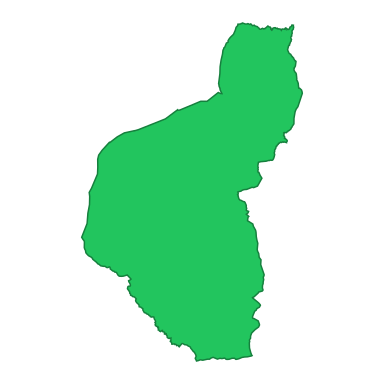 the district of Jaman North, Brong Ahafo, Ghana
{"feature_id": "2480657B44306962794399", "entity_name": "Jaman North", "entity_type": "district", "adm_level": 2, "iso_a3": "GHA", "parent_name": "Ghana", "parent_adm1": "Brong Ahafo", "projection": "albers", "projection_center": [-2.617, 7.913], "detail": "fine", "context": "isolated", "style": "filled", "palette": "green", "viewbox_px": 384, "rotation_deg": 0, "n_neighbors": 0, "source": "geoboundaries", "source_scale": "gbopen_adm2", "svg_char_len": 5962}
<svg xmlns="http://www.w3.org/2000/svg" viewBox="0 0 384 384"><path d="M252.1,355.6L251.6,354.9L250.8,352.8L249.5,348.0L249.3,342.8L249.7,341.7L249.5,340.9L249.5,339.8L250.5,338.4L250.6,335.9L251.7,333.0L255.0,329.7L258.6,327.0L259.5,325.0L259.4,324.2L258.2,320.9L253.9,318.5L253.1,318.4L252.7,318.1L252.5,317.4L252.7,316.2L254.7,311.2L256.1,310.3L256.9,308.6L259.4,307.2L260.4,305.3L260.1,304.6L258.6,302.9L252.7,298.0L252.5,297.6L254.2,296.7L258.3,292.9L258.8,292.0L262.2,291.1L262.8,290.5L263.0,289.9L262.4,288.0L262.5,285.5L263.1,283.7L263.2,281.8L263.7,279.6L263.3,277.8L263.4,276.8L264.0,275.8L264.1,274.6L260.7,264.6L261.0,259.8L259.2,257.4L258.7,253.5L257.6,251.3L257.2,249.6L257.8,243.3L256.9,240.1L256.3,236.7L256.0,232.1L255.6,230.3L253.4,226.3L252.8,224.0L247.5,220.7L248.0,217.3L248.8,216.4L246.3,214.2L248.0,212.9L248.6,211.4L246.8,210.7L246.3,210.3L246.4,209.2L246.7,208.4L246.2,207.0L246.3,205.4L245.0,202.4L244.5,201.8L242.9,201.4L241.2,200.4L240.0,200.1L238.8,198.7L238.3,196.6L238.1,196.3L238.1,195.3L237.6,194.7L238.1,194.2L238.2,193.7L238.1,192.8L237.8,192.1L238.9,191.6L240.9,191.2L242.3,190.2L244.2,189.6L246.7,189.4L252.0,187.3L253.7,187.6L257.5,186.1L261.9,178.2L260.1,175.3L258.9,172.4L258.3,172.4L257.8,171.0L258.2,169.5L257.9,168.4L258.2,167.6L257.8,166.1L258.4,162.3L260.7,161.7L266.1,161.2L268.5,160.5L269.6,160.5L270.3,160.1L271.7,160.3L272.6,160.1L273.5,158.8L274.2,156.8L274.7,154.6L274.2,152.9L274.7,151.5L274.7,149.8L275.6,148.7L276.2,146.3L276.9,146.0L277.1,145.3L278.3,144.2L278.5,143.4L279.1,143.3L280.6,142.2L281.6,142.5L282.7,141.9L283.6,142.2L283.9,142.0L284.8,142.1L286.5,142.6L286.5,142.2L287.2,141.1L287.2,140.6L286.7,139.8L285.5,138.8L284.5,138.3L284.8,137.2L284.4,136.3L283.7,135.8L283.9,135.5L283.7,135.2L284.1,133.8L283.7,132.9L284.2,132.5L286.3,132.7L287.0,131.9L287.7,131.7L288.3,130.7L288.9,130.7L290.5,129.4L291.1,128.7L291.1,128.0L292.0,127.1L292.2,126.4L293.9,123.9L294.0,118.2L295.1,111.8L296.1,109.2L297.9,106.7L302.3,93.4L302.1,91.9L301.5,90.0L299.6,88.2L298.7,88.1L298.2,83.2L297.4,81.1L296.6,79.8L296.8,78.9L296.5,75.6L296.3,75.1L296.4,74.3L295.9,73.0L294.9,71.9L294.0,70.2L294.0,69.1L294.2,68.6L294.0,68.1L294.5,67.7L295.4,66.0L296.0,61.5L295.6,60.9L295.1,60.9L293.8,58.8L293.6,58.0L292.5,57.2L292.5,56.7L291.9,56.3L290.6,54.2L289.4,53.6L289.0,53.1L287.8,50.5L287.6,49.6L288.6,45.8L289.5,45.2L289.4,44.2L289.8,44.0L290.4,42.1L291.2,41.0L291.1,40.3L291.5,39.5L290.8,38.1L290.8,37.4L290.9,36.9L291.8,35.9L291.5,35.2L292.2,33.3L292.0,30.8L293.4,29.0L293.4,27.9L293.7,27.3L293.3,25.7L293.4,25.2L292.9,25.1L291.8,25.1L291.3,26.5L289.9,27.2L289.6,28.9L288.9,29.0L288.2,29.5L287.5,29.1L287.1,29.4L287.1,29.0L285.8,27.9L285.0,28.4L285.0,29.3L282.3,29.0L282.0,29.2L281.3,30.3L280.7,29.2L278.6,28.8L278.1,29.0L277.7,28.7L277.1,28.6L277.1,28.2L275.8,28.3L275.3,27.7L274.8,27.7L273.6,27.9L272.9,28.2L272.5,28.7L272.7,29.1L271.8,30.2L270.7,29.1L270.7,28.6L271.0,28.3L270.6,27.5L270.1,27.0L269.3,27.1L267.9,26.0L265.7,28.0L265.3,28.1L264.9,28.7L264.0,28.7L263.5,28.9L262.6,28.3L261.6,28.7L260.8,29.2L260.3,29.2L259.5,29.1L259.0,28.1L258.4,27.8L257.3,26.6L255.7,26.2L254.3,25.5L254.2,25.2L252.5,25.7L250.8,23.9L249.9,24.5L247.9,23.6L247.2,24.0L245.2,24.0L242.6,23.0L242.0,23.6L241.3,23.4L240.6,24.0L237.9,24.2L237.9,24.9L237.5,25.6L237.5,25.9L236.1,27.3L235.3,30.2L233.5,34.3L230.3,37.4L229.2,38.8L228.1,40.6L228.2,42.1L226.4,43.1L224.8,47.1L223.8,48.0L223.6,49.2L223.0,50.1L222.5,54.1L221.1,60.1L220.1,66.8L219.9,73.6L218.6,83.8L219.0,84.6L219.0,85.9L220.1,88.8L220.1,89.8L221.9,93.6L220.3,93.5L218.3,92.5L207.1,101.3L200.7,101.3L179.7,110.1L177.3,110.3L177.3,110.0L165.4,118.9L138.3,129.7L134.5,130.8L134.4,130.7L124.3,132.9L117.2,136.9L109.8,142.6L109.4,142.3L102.1,150.3L98.7,155.1L97.7,159.3L97.8,167.2L97.5,174.1L91.5,188.3L89.2,192.4L89.7,196.4L89.5,204.7L87.9,213.2L87.1,223.5L81.7,237.3L83.1,239.6L84.0,240.6L84.4,241.8L84.3,247.7L84.8,249.2L85.4,250.2L85.9,252.7L86.4,253.5L88.5,255.7L91.3,257.2L92.4,258.3L92.8,259.3L96.4,262.2L97.9,263.9L99.0,264.3L100.7,265.8L103.3,266.3L105.0,266.3L106.7,267.5L107.8,267.6L109.2,266.9L109.7,267.0L110.2,267.8L110.2,268.9L112.8,271.0L114.0,271.2L114.6,272.0L116.2,272.3L116.6,272.7L117.9,275.0L118.8,275.9L119.5,276.2L121.6,276.3L123.5,276.1L127.2,275.0L130.6,278.6L131.0,279.1L130.4,279.8L128.6,280.7L128.8,281.7L129.8,283.2L130.3,284.6L130.4,285.6L130.1,286.1L128.3,286.3L127.9,286.7L127.5,288.3L127.5,288.8L129.7,292.0L129.7,293.1L130.6,294.2L130.6,295.2L132.2,296.0L132.9,296.7L134.4,296.9L136.2,298.8L135.6,300.2L135.9,301.5L136.7,302.7L138.9,304.7L139.2,306.8L140.8,307.1L141.3,307.7L142.8,308.6L142.9,310.1L144.3,312.6L145.8,313.0L146.5,313.8L148.4,314.5L149.1,315.5L150.0,315.9L150.4,316.7L151.7,317.1L152.7,316.8L153.9,317.1L154.3,319.0L155.1,320.1L155.6,321.5L155.0,322.6L155.5,322.9L155.6,324.2L155.2,324.4L155.2,324.7L155.5,325.7L156.2,325.9L156.5,326.3L157.8,326.6L158.3,327.3L158.4,327.6L157.8,327.7L158.5,329.1L158.2,329.9L158.9,330.2L159.6,331.1L160.6,331.6L162.1,330.4L162.3,330.4L162.2,330.9L162.5,331.0L162.8,331.7L163.4,331.9L164.0,331.9L164.6,332.6L164.4,333.9L165.0,334.2L165.7,333.6L166.2,333.7L166.4,335.0L167.2,335.9L167.1,337.0L167.5,337.7L168.8,338.4L169.4,338.5L169.8,338.1L170.4,338.4L170.9,338.1L170.9,340.5L170.4,341.0L170.3,341.5L171.5,342.3L171.9,344.2L174.6,343.9L174.8,344.5L175.8,344.4L176.1,344.5L176.7,345.6L177.3,345.4L178.7,345.6L178.7,346.3L179.2,346.8L181.9,343.6L182.9,343.6L184.7,344.7L186.2,344.8L187.2,345.2L187.7,345.7L190.3,347.0L190.9,348.5L191.7,349.3L193.3,351.5L194.3,352.2L195.6,354.5L196.2,356.2L195.4,357.9L195.3,358.7L195.8,359.3L196.5,361.0L198.7,360.5L200.1,359.8L202.8,360.2L207.4,359.2L209.6,359.2L210.8,358.2L213.1,357.3L217.4,359.1L219.9,358.3L221.9,358.6L224.5,358.1L225.0,358.3L225.8,359.1L226.7,359.4L229.0,359.3L231.9,358.3L234.3,358.2L234.6,358.3L235.7,359.3L236.6,359.3L238.7,358.8L242.1,357.4L244.5,357.0L247.6,356.8L251.6,355.9L252.1,355.6Z" fill="#22c55e" stroke="#15803d" stroke-width="1.5"/></svg>